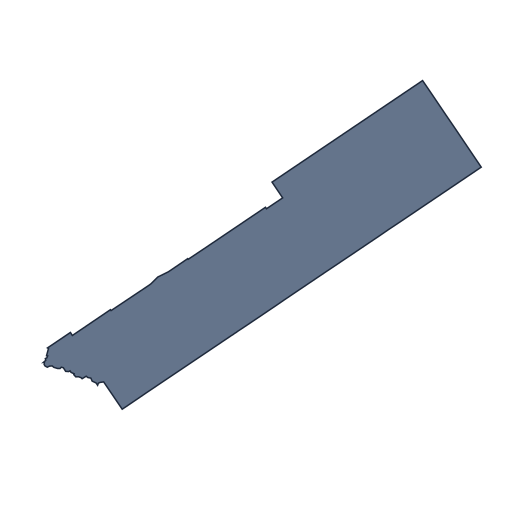 the district of Apache, Arizona, United States of America, rotated 56°
{"feature_id": "52423323B39165499279829", "entity_name": "Apache", "entity_type": "district", "adm_level": 2, "iso_a3": "USA", "parent_name": "United States of America", "parent_adm1": "Arizona", "projection": "mercator", "projection_center": [-109.434, 35.237], "detail": "fine", "context": "isolated", "style": "filled", "palette": "slate", "viewbox_px": 512, "rotation_deg": 56, "n_neighbors": 0, "source": "geoboundaries", "source_scale": "gbopen_adm2", "svg_char_len": 1365}
<svg xmlns="http://www.w3.org/2000/svg" viewBox="0 0 512 512"><g transform="rotate(56 256 256)"><path d="M308.3,155.4L308.3,139.9L308.2,131.1L308.3,113.0L308.3,87.8L308.3,84.1L308.3,36.7L308.3,23.7L308.3,19.6L293.4,19.6L287.7,19.6L286.2,19.6L284.4,19.6L283.9,19.6L283.7,19.6L271.9,19.6L271.5,19.6L259.0,19.6L244.7,19.7L217.4,19.7L203.7,19.8L203.7,201.4L222.7,201.4L222.7,220.9L220.9,220.9L220.9,267.6L220.9,294.9L220.8,314.1L220.0,314.1L220.1,337.4L218.5,349.1L220.3,358.6L220.4,360.6L220.3,385.7L220.2,406.7L219.1,406.7L219.2,452.7L215.6,452.6L215.6,480.3L216.7,479.8L221.5,485.4L222.3,484.6L223.5,486.4L223.2,488.0L224.9,488.6L225.3,491.6L225.7,490.7L227.4,492.3L229.2,492.4L231.5,491.2L231.8,488.8L233.2,486.4L235.2,485.9L238.3,483.4L239.7,481.4L239.3,479.6L240.9,478.2L245.2,478.3L247.1,475.9L247.2,474.4L249.1,474.4L252.0,472.6L252.5,473.4L255.4,473.0L256.9,470.6L259.0,469.1L260.5,468.8L260.7,464.0L262.7,463.4L264.9,461.2L268.1,461.8L271.8,459.6L274.6,459.6L273.3,457.8L273.6,456.0L275.2,452.7L308.2,452.6L308.2,439.8L308.1,423.3L308.2,354.1L308.2,346.5L308.2,321.0L308.3,319.0L308.2,317.1L308.3,315.2L308.2,313.3L308.3,295.8L308.3,295.7L308.3,266.9L308.2,256.9L308.2,247.9L308.2,244.4L308.2,241.6L308.2,217.0L308.2,207.9L308.2,207.6L308.3,172.0L308.3,170.8L308.3,165.8L308.3,155.5L308.3,155.4Z" fill="#64748b" stroke="#1e293b" stroke-width="1.5"/></g></svg>